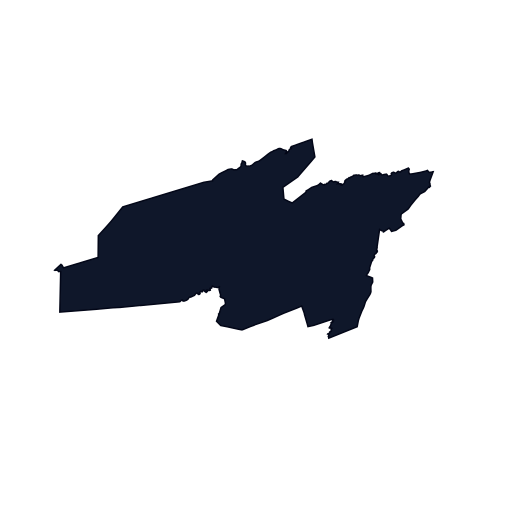 the district of Jaunannas pag., Aluksne, Latvia, rotated 146°
{"feature_id": "27541924B81808948627950", "entity_name": "Jaunannas pag.", "entity_type": "district", "adm_level": 2, "iso_a3": "LVA", "parent_name": "Latvia", "parent_adm1": "Aluksne", "projection": "equal_earth", "projection_center": [27.083, 57.287], "detail": "fine", "context": "isolated", "style": "filled", "palette": "ink", "viewbox_px": 512, "rotation_deg": 146, "n_neighbors": 0, "source": "geoboundaries", "source_scale": "gbopen_adm2", "svg_char_len": 6011}
<svg xmlns="http://www.w3.org/2000/svg" viewBox="0 0 512 512"><g transform="rotate(146 256 256)"><path d="M258.1,346.3L339.0,371.2L356.8,365.7L365.3,363.5L375.3,361.1L387.7,343.1L422.2,353.8L422.0,357.0L422.3,357.5L422.4,358.1L430.9,356.8L430.8,356.6L428.5,355.3L428.4,353.5L426.6,352.4L428.4,349.8L450.0,319.2L418.5,301.3L403.9,293.3L396.8,289.0L396.7,289.0L386.0,283.2L378.9,279.4L379.0,279.3L345.2,260.9L344.6,260.7L342.7,261.0L341.9,260.9L341.5,260.4L341.8,259.9L341.8,259.7L341.1,259.0L340.4,258.7L338.3,258.2L336.8,258.2L335.6,258.6L334.8,259.1L334.2,259.1L333.5,258.8L333.3,258.5L332.9,258.4L329.0,257.8L328.6,257.9L328.1,258.2L326.3,258.6L325.7,258.3L325.2,256.8L325.3,256.4L325.1,256.2L324.5,255.9L323.7,256.0L323.4,256.1L323.2,256.4L323.6,256.7L323.6,257.1L322.4,257.4L321.8,257.7L321.4,257.7L321.0,257.2L321.0,256.6L320.8,256.4L320.3,256.4L319.7,256.7L319.6,257.1L319.4,257.2L318.5,257.1L318.1,256.7L318.3,255.8L318.3,255.2L318.0,254.7L317.7,253.7L316.3,253.8L315.9,254.0L317.0,254.6L317.4,255.1L316.8,255.4L315.6,255.4L315.4,255.2L314.3,253.7L314.0,253.5L313.4,253.3L313.0,253.2L312.8,253.5L312.6,254.6L312.4,254.9L312.0,254.9L310.9,254.3L310.5,254.3L309.4,255.5L308.8,255.5L308.3,254.0L307.8,253.4L306.9,252.8L305.6,251.4L304.9,251.1L303.5,251.0L303.5,250.8L304.1,250.5L305.3,249.0L306.5,245.5L307.1,243.4L308.3,242.5L308.2,241.4L306.0,238.1L307.7,234.0L308.5,233.1L308.8,232.9L313.8,232.8L318.4,229.0L319.5,228.8L319.6,228.1L325.2,224.0L324.1,218.1L319.4,213.4L311.6,205.2L309.2,202.8L308.5,202.4L299.8,200.6L296.4,199.7L296.3,199.9L282.9,196.2L276.3,195.0L270.2,194.0L264.7,193.0L251.3,190.0L246.1,189.0L247.9,181.8L248.5,180.4L251.8,170.1L252.4,168.4L246.9,166.2L229.8,161.4L227.5,160.4L227.5,159.6L228.4,159.6L228.9,159.3L228.8,159.2L229.2,158.8L230.3,158.7L229.7,158.3L231.1,158.2L232.9,156.7L233.5,156.4L235.4,155.6L235.5,155.3L234.2,154.5L234.1,154.0L233.9,153.9L233.7,153.7L234.5,153.5L234.7,153.0L235.3,152.5L235.3,152.3L235.4,151.8L235.7,151.5L236.3,151.5L237.1,151.8L237.5,151.8L237.9,151.4L238.1,150.9L239.4,151.0L239.9,151.3L240.2,151.2L239.7,150.6L239.6,150.3L239.6,149.9L239.9,149.5L240.6,149.2L241.1,148.8L241.1,148.3L241.6,147.2L211.7,140.8L207.2,145.3L205.1,147.0L198.7,151.4L196.7,152.5L194.8,153.7L190.8,156.9L187.2,158.6L183.1,160.4L181.8,161.2L180.7,162.1L178.5,165.5L177.3,167.1L175.4,168.3L174.3,168.8L173.7,169.3L171.7,172.6L175.4,178.0L174.4,178.7L172.4,179.4L169.3,181.2L168.3,182.8L163.1,186.9L162.4,187.0L161.4,187.4L161.1,187.8L160.9,188.0L160.6,188.3L158.9,188.5L158.2,188.9L158.0,189.1L158.1,190.0L158.0,190.4L157.8,190.6L156.8,190.8L156.7,191.0L156.3,191.2L155.9,191.2L155.3,191.0L154.7,191.2L154.4,191.5L153.4,191.6L153.4,191.8L153.0,192.0L153.4,192.4L153.3,192.5L152.8,192.6L152.5,192.8L152.5,193.0L152.8,193.3L152.2,193.9L152.2,194.2L152.1,194.4L151.1,194.9L150.4,196.0L138.7,208.9L137.7,206.8L136.7,205.6L136.6,205.4L136.9,204.7L136.4,204.6L134.9,204.7L130.0,204.6L129.8,201.4L129.9,200.6L125.6,199.1L117.7,199.3L115.9,199.1L115.5,199.9L115.4,200.5L116.0,200.8L115.8,202.1L115.3,205.8L112.5,209.3L111.7,209.6L108.3,209.7L103.5,209.9L99.1,211.6L92.2,213.7L88.1,214.7L88.1,214.8L85.2,215.7L80.1,215.1L74.1,216.6L73.9,216.0L72.3,216.4L71.9,218.0L71.5,218.3L71.2,219.2L71.3,219.5L70.8,220.3L69.1,221.7L62.0,226.8L62.6,227.1L63.7,227.4L65.8,228.6L66.0,231.1L67.5,231.4L73.0,233.4L80.7,236.8L82.9,238.0L82.7,238.4L82.6,239.9L81.5,241.4L80.4,242.3L80.5,243.7L84.9,244.5L87.7,245.2L88.7,245.0L89.5,245.0L90.0,245.4L90.3,245.8L90.4,246.3L90.6,246.6L90.8,246.7L91.9,246.7L93.1,246.4L93.9,246.4L94.2,247.0L94.6,247.8L94.9,248.0L95.2,248.6L95.6,248.7L96.8,249.0L97.6,248.8L97.9,248.6L98.1,247.7L98.5,247.3L99.4,247.3L101.3,248.0L101.6,248.2L101.9,248.7L102.0,249.0L101.9,250.3L102.0,250.8L102.3,251.1L103.5,251.5L104.0,251.9L105.4,252.3L106.2,252.8L106.6,253.2L106.7,253.8L106.4,254.4L106.8,254.8L107.2,255.0L107.6,254.9L108.8,254.6L109.1,255.0L108.9,255.5L108.5,255.7L107.0,256.0L106.9,256.1L107.0,256.2L108.4,256.6L109.6,256.2L109.9,256.3L110.4,256.6L110.7,256.9L110.1,257.5L110.2,257.8L112.3,258.6L112.7,259.1L113.0,259.2L116.3,259.6L117.7,259.9L122.4,261.5L123.0,262.0L122.3,263.3L123.4,263.8L124.7,264.2L125.0,264.9L125.4,265.7L126.3,265.9L127.5,267.1L130.0,268.3L130.4,268.0L133.1,268.3L133.6,268.6L134.7,268.3L135.1,268.9L136.8,268.6L137.8,269.0L140.1,268.7L140.6,268.0L141.0,267.9L141.2,267.4L143.1,266.6L144.0,266.9L145.1,266.6L145.2,266.9L145.8,267.2L145.6,267.6L145.2,267.7L145.0,268.0L145.4,268.5L146.9,269.4L146.8,269.7L147.2,270.1L148.0,270.4L146.5,271.1L148.0,272.4L148.1,273.0L148.8,273.6L150.4,274.0L151.3,276.4L151.9,276.3L152.1,276.6L152.7,276.8L153.1,276.6L153.8,276.7L154.1,276.4L155.2,276.0L155.8,276.2L156.4,276.6L156.6,276.6L157.1,276.3L157.5,276.2L158.2,276.4L159.0,277.0L159.7,277.1L160.1,276.8L160.4,277.2L161.8,280.4L162.4,280.3L162.2,280.0L165.8,280.1L171.4,281.7L175.6,281.7L177.9,281.9L178.1,281.9L178.8,281.1L179.2,280.9L196.3,279.7L198.7,283.5L201.0,287.6L195.3,297.9L177.0,298.2L176.6,298.4L157.0,303.7L151.8,305.2L146.0,318.1L144.3,321.5L164.5,326.7L165.0,326.9L165.3,326.8L165.7,326.9L166.5,326.6L166.4,326.3L166.2,326.1L166.6,326.0L166.3,325.6L166.6,325.2L168.6,325.6L168.8,325.6L169.9,324.7L171.3,324.6L171.8,324.1L172.7,324.2L173.3,324.0L173.7,324.0L174.3,324.4L173.3,324.8L172.6,325.3L172.1,326.0L172.0,326.3L172.1,326.7L172.4,327.0L174.2,329.0L175.1,330.7L175.6,331.4L176.7,332.2L177.6,332.5L179.2,332.6L180.7,332.9L182.4,333.4L184.1,333.4L185.7,333.8L189.3,333.7L193.9,333.3L199.4,333.0L201.0,333.1L203.2,333.8L204.6,334.0L208.4,333.5L210.5,333.9L211.1,334.1L212.2,334.9L213.2,335.5L213.6,335.9L213.9,336.4L213.9,337.0L213.7,337.7L212.8,338.8L212.5,339.6L212.5,339.9L212.9,340.9L214.1,342.5L214.3,342.4L214.8,341.8L215.5,341.2L216.9,340.5L218.1,338.9L218.7,338.5L221.9,338.4L223.2,338.2L224.0,338.4L224.7,338.9L226.0,339.7L226.4,340.1L227.2,341.5L227.8,342.0L230.7,343.3L231.3,343.4L233.0,343.5L237.8,344.2L240.8,344.5L249.3,343.3L249.8,343.0L250.0,342.6L258.1,346.3Z" fill="#0f172a" stroke="#020617" stroke-width="1.5"/></g></svg>